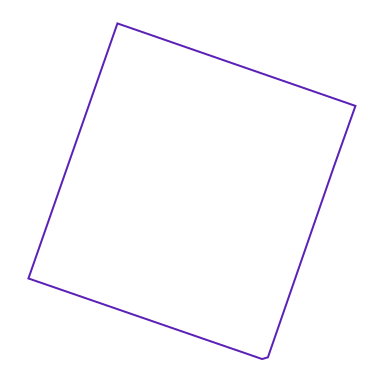 the district of Sanborn, South Dakota, United States of America, rotated 289°
{"feature_id": "52423323B21665292033302", "entity_name": "Sanborn", "entity_type": "district", "adm_level": 2, "iso_a3": "USA", "parent_name": "United States of America", "parent_adm1": "South Dakota", "projection": "equal_earth", "projection_center": [-98.09, 44.023], "detail": "fine", "context": "isolated", "style": "outline", "palette": "violet", "viewbox_px": 384, "rotation_deg": 289, "n_neighbors": 0, "source": "geoboundaries", "source_scale": "gbopen_adm2", "svg_char_len": 267}
<svg xmlns="http://www.w3.org/2000/svg" viewBox="0 0 384 384"><g transform="rotate(289 192 192)"><path d="M261.3,317.9L326.6,318.5L327.1,66.6L324.8,66.6L57.0,65.5L56.9,254.3L56.9,312.7L60.4,317.6L261.3,317.9Z" fill="none" stroke="#5b21b6" stroke-width="2"/></g></svg>